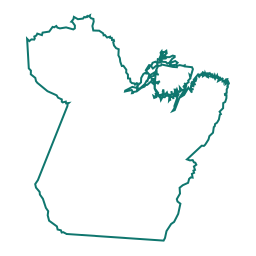 the border of Pará
{"feature_id": "BRA-594", "entity_name": "Pará", "entity_type": "State", "adm_level": 1, "iso_a3": "BRA", "parent_name": "Brazil", "parent_adm1": "", "projection": "natural_earth1", "projection_center": [-50.886, -3.617], "detail": "fine", "context": "isolated", "style": "outline", "palette": "teal", "viewbox_px": 256, "rotation_deg": 0, "n_neighbors": 0, "source": "natural_earth", "source_scale": "10m", "svg_char_len": 5635}
<svg xmlns="http://www.w3.org/2000/svg" viewBox="0 0 256 256"><path d="M56.3,26.0L57.4,27.6L59.9,28.4L66.1,27.4L73.3,29.4L74.8,28.4L74.9,25.5L72.4,22.0L71.3,21.7L73.4,19.2L73.9,16.9L77.9,19.2L83.0,18.6L84.2,17.0L85.3,17.4L87.1,16.2L87.3,16.9L89.9,15.4L89.6,16.6L91.1,18.3L93.4,18.9L93.7,21.6L92.4,26.0L93.3,30.5L99.2,30.7L103.2,33.4L103.6,35.3L104.9,35.0L107.1,37.5L110.1,36.7L110.2,37.9L111.8,37.9L112.0,40.0L113.7,39.8L114.1,41.1L113.2,42.1L114.0,45.5L116.1,48.2L118.7,49.2L118.4,55.3L119.8,58.1L120.3,61.8L121.8,66.0L123.4,65.8L126.3,69.7L126.2,72.6L127.9,74.5L128.0,78.4L130.1,78.6L130.4,81.7L131.9,83.1L134.2,83.4L135.0,84.6L136.4,83.2L137.5,83.4L137.3,86.5L136.2,87.8L132.4,86.9L125.2,90.6L125.0,91.5L131.7,90.0L132.5,91.5L132.0,93.2L132.9,93.1L133.9,91.9L136.7,91.4L141.3,87.9L144.5,86.6L145.5,85.2L147.3,84.8L151.7,80.9L151.8,79.2L152.7,79.8L152.6,79.0L154.2,79.0L154.4,81.4L152.4,83.0L154.5,84.8L154.6,88.5L157.1,94.0L155.8,94.0L156.2,95.5L155.1,96.9L153.6,96.0L154.2,97.9L156.4,97.1L157.0,95.1L157.8,95.4L160.1,97.4L159.8,98.3L160.4,97.6L160.9,100.0L162.5,97.1L164.8,97.2L165.6,96.0L167.7,95.6L169.4,96.7L169.1,100.3L169.7,99.5L170.3,100.7L169.8,96.9L170.0,97.8L170.3,96.9L172.4,97.1L173.7,98.9L172.8,96.8L173.6,95.9L174.6,96.2L175.4,94.4L175.8,95.2L176.4,94.7L175.9,95.5L175.9,96.1L176.2,96.5L177.2,97.0L177.0,98.6L174.4,106.0L174.5,108.1L172.6,111.0L174.7,110.1L179.4,97.8L183.5,91.5L185.2,90.7L182.5,95.9L184.1,94.9L188.4,87.6L191.9,92.6L191.1,89.9L193.5,89.1L190.9,89.0L191.1,85.7L191.8,84.6L192.0,86.0L193.4,86.3L193.9,84.0L194.7,84.1L194.3,83.0L195.1,82.7L194.3,82.7L194.1,81.4L195.7,81.0L196.4,78.8L196.2,76.7L198.0,74.5L199.2,76.7L200.7,74.7L201.7,75.0L201.6,72.8L202.2,74.1L202.9,74.2L202.9,76.2L204.7,75.1L205.1,73.0L206.5,76.4L208.1,77.2L208.1,76.1L207.3,75.1L206.9,75.8L207.0,73.3L208.0,73.3L207.8,73.6L207.8,74.5L207.9,74.9L209.7,73.3L210.3,74.8L210.5,73.8L211.2,74.3L210.6,75.5L211.7,74.9L211.2,76.3L212.1,77.0L213.1,74.6L213.4,78.2L214.7,75.1L215.5,77.6L214.8,78.2L215.1,78.8L217.1,75.4L217.7,78.8L218.1,77.4L218.7,78.4L218.2,79.6L219.0,78.5L219.1,77.5L220.0,78.2L219.6,77.0L220.5,78.2L220.2,79.5L219.5,79.2L218.4,80.3L218.2,81.0L223.2,78.2L222.4,79.2L222.5,81.4L224.2,80.8L224.3,82.0L224.8,81.0L224.8,82.6L225.3,81.2L226.0,82.3L225.5,81.2L226.0,79.4L227.2,79.2L225.8,83.9L227.7,82.7L227.6,83.8L228.3,82.0L228.9,83.3L227.3,86.1L227.9,86.9L226.7,89.4L226.7,92.9L224.9,94.0L225.1,95.1L226.5,95.2L226.4,98.2L225.2,101.9L223.2,103.1L223.1,108.2L219.6,111.7L220.9,114.1L219.8,114.8L218.9,119.5L217.0,122.7L215.1,124.0L214.7,126.3L213.8,127.1L213.0,132.7L209.4,136.1L208.5,139.5L205.1,144.8L203.9,145.9L201.7,145.7L187.0,159.4L189.9,160.4L192.7,160.1L193.9,162.3L195.3,162.7L196.3,164.7L193.9,166.5L195.0,169.9L193.4,170.6L194.1,172.8L191.9,173.9L192.6,177.6L190.7,177.4L189.1,178.9L188.1,182.8L182.8,185.2L179.6,187.8L180.0,193.6L176.8,199.1L177.5,201.5L180.4,203.7L178.2,213.9L174.1,221.9L171.1,224.0L166.5,231.1L165.0,238.0L163.6,240.6L66.6,234.0L63.3,232.2L61.7,232.5L60.9,230.3L57.6,229.5L56.9,226.4L49.1,220.7L47.7,215.3L48.2,211.2L45.9,207.9L42.9,198.8L39.9,194.6L39.6,191.9L36.0,187.6L35.2,184.1L37.9,180.1L67.5,105.8L67.4,104.2L68.7,103.0L66.1,103.3L65.8,101.6L62.7,102.4L61.8,101.7L61.8,99.4L58.1,97.7L56.6,95.3L47.5,91.2L37.3,82.8L36.0,81.1L35.3,77.9L30.8,74.3L30.9,70.6L28.8,68.4L27.1,38.8L29.3,41.1L31.4,39.4L34.2,39.6L34.8,38.4L34.3,36.5L36.3,35.6L37.3,33.6L41.9,35.1L42.6,32.6L49.2,31.6L52.6,26.9L54.2,27.3L56.3,26.0ZM192.9,69.1L190.9,76.0L189.7,74.9L190.4,78.3L188.2,80.6L188.6,82.1L185.8,84.3L184.2,83.2L185.5,84.5L185.1,85.2L186.2,85.5L185.6,88.1L183.9,86.0L183.2,85.9L183.8,86.2L183.2,87.4L183.9,86.9L185.5,88.8L182.0,90.2L179.9,87.6L180.2,90.9L179.4,91.0L180.4,91.2L179.5,91.9L177.5,91.0L176.9,89.4L176.5,90.4L177.4,92.2L176.1,92.1L175.2,89.6L174.7,89.6L175.1,91.2L174.3,93.7L172.2,94.5L171.4,91.1L171.6,94.2L170.9,95.2L167.3,94.1L166.9,92.5L164.9,94.7L163.9,94.0L163.6,91.9L163.0,91.4L163.5,90.8L163.3,89.4L162.8,91.4L163.6,92.2L163.2,94.1L162.6,92.5L162.9,94.3L161.6,94.6L162.7,95.2L161.0,95.7L157.9,94.6L158.2,93.0L154.8,88.5L155.0,82.2L158.6,83.9L157.7,82.8L159.9,81.3L157.0,82.3L155.6,82.1L155.0,81.0L155.8,72.5L156.7,74.1L158.8,74.8L156.7,73.8L156.5,69.1L158.2,66.0L160.9,65.5L161.6,64.5L172.8,66.9L176.9,67.2L177.0,65.9L179.8,65.1L183.3,65.9L184.7,65.3L184.7,66.4L192.0,67.2L192.9,69.1ZM146.9,71.9L149.4,74.5L147.4,81.1L146.6,80.8L144.9,84.0L140.2,88.2L137.2,89.1L137.9,85.3L141.0,82.4L141.2,77.9L143.4,74.0L146.3,72.2L145.8,74.4L146.2,73.0L147.0,73.3L146.9,71.9ZM166.8,57.1L169.6,57.1L172.8,55.6L174.7,56.1L174.7,57.1L172.2,58.8L169.4,62.7L167.3,63.5L165.8,62.0L162.0,61.7L161.5,58.8L165.7,58.5L166.8,57.1ZM152.9,68.5L151.1,66.2L152.6,62.8L155.4,61.7L157.1,63.0L157.5,64.4L156.8,65.3L152.9,68.5ZM170.0,64.4L171.4,62.5L175.2,61.0L177.6,62.7L175.8,64.9L171.8,65.2L170.0,64.4ZM162.5,55.1L163.3,52.0L165.5,52.2L165.3,51.5L166.3,50.8L166.7,53.3L163.5,56.0L162.5,55.1ZM162.4,57.0L160.8,59.5L159.3,58.8L161.0,54.9L160.6,52.6L161.6,51.3L162.4,57.0ZM154.2,72.6L154.2,75.5L150.2,77.5L150.7,74.8L154.2,72.6ZM157.5,61.3L157.8,59.2L159.7,59.7L160.5,62.5L158.6,62.6L157.5,61.3ZM149.1,65.1L149.9,65.2L149.1,68.1L145.4,70.9L149.1,65.1ZM195.6,77.4L196.2,78.2L195.5,80.8L193.8,81.0L193.7,79.8L195.6,77.4ZM178.5,94.3L177.3,96.8L176.1,96.3L177.5,93.7L178.5,94.3ZM193.3,81.8L194.0,83.0L193.4,84.3L191.4,83.6L192.0,82.1L193.3,81.8ZM203.9,73.0L204.2,75.1L203.3,75.4L203.1,74.1L202.4,73.0L202.8,72.3L203.9,73.0ZM174.8,92.8L176.4,93.2L175.0,94.1L174.8,92.8ZM198.9,74.8L200.4,74.6L199.2,75.8L198.9,74.8ZM165.9,57.0L164.8,57.8L163.9,58.1L165.6,56.4L165.9,57.0Z" fill="none" stroke="#0f766e" stroke-width="2"/></svg>